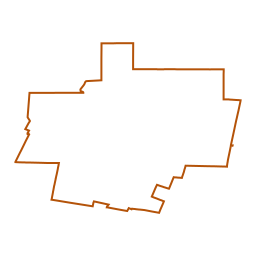 the district of Dor Marunt, Calarasi, Romania
{"feature_id": "2599482B33848106941365", "entity_name": "Dor Marunt", "entity_type": "district", "adm_level": 2, "iso_a3": "ROU", "parent_name": "Romania", "parent_adm1": "Calarasi", "projection": "robinson", "projection_center": [27.015, 44.463], "detail": "fine", "context": "isolated", "style": "outline", "palette": "amber", "viewbox_px": 256, "rotation_deg": 0, "n_neighbors": 0, "source": "geoboundaries", "source_scale": "gbopen_adm2", "svg_char_len": 3756}
<svg xmlns="http://www.w3.org/2000/svg" viewBox="0 0 256 256"><path d="M159.1,212.8L160.4,209.5L161.6,206.8L162.4,204.9L162.9,203.8L163.9,201.3L162.8,200.9L161.4,200.3L160.1,199.9L159.2,199.5L157.9,199.0L156.7,198.5L155.6,198.1L153.9,197.5L152.7,197.0L151.8,196.6L152.1,195.9L152.7,194.5L155.6,187.7L157.0,184.8L157.3,184.9L158.2,185.2L160.1,185.9L160.7,186.1L162.4,186.6L164.0,187.2L165.1,187.5L166.3,187.9L167.9,188.4L168.5,188.6L169.0,188.7L169.5,187.5L170.9,184.1L173.0,178.9L173.7,177.2L174.4,177.3L175.0,177.4L176.1,177.4L177.6,177.6L179.5,177.7L181.9,177.9L182.4,176.1L182.6,175.7L183.6,172.7L183.8,172.2L184.5,169.4L184.8,168.6L185.1,167.6L185.6,165.7L194.6,165.9L208.0,166.2L214.8,166.3L222.0,166.5L222.9,166.5L224.4,166.5L225.5,166.6L226.2,166.6L226.4,166.6L226.5,166.6L226.8,166.7L227.0,166.7L227.0,166.1L227.1,165.1L227.3,163.9L227.4,163.1L227.6,162.2L227.9,160.1L229.7,151.5L230.9,145.6L231.0,145.6L231.4,145.5L231.6,145.5L232.2,145.6L232.5,145.7L232.6,145.4L231.1,145.3L231.1,145.2L230.9,145.0L231.3,143.3L233.2,134.6L235.2,125.2L235.4,124.2L235.7,122.8L235.9,121.9L236.2,120.5L236.5,119.2L236.8,118.0L236.9,117.5L237.8,113.5L238.5,110.5L239.3,106.7L240.4,101.6L240.6,100.3L239.4,100.2L238.7,100.1L236.3,100.0L234.9,99.9L233.4,99.8L232.1,99.7L230.1,99.6L228.6,99.4L227.3,99.4L226.4,99.4L224.4,99.4L223.6,99.4L223.6,99.2L223.6,98.9L223.6,98.1L223.6,97.1L223.6,96.4L223.6,95.9L223.6,95.2L223.6,94.0L223.6,93.4L223.6,92.1L223.6,91.5L223.6,90.9L223.6,90.2L223.6,89.6L223.6,88.6L223.6,87.6L223.6,87.1L223.6,86.5L223.6,86.0L223.6,84.2L223.6,82.5L223.6,81.6L223.6,79.7L223.6,77.9L223.6,76.5L223.6,73.9L223.7,71.3L223.7,69.3L220.2,69.3L217.4,69.3L213.3,69.3L209.6,69.4L207.5,69.3L205.4,69.3L201.7,69.3L198.0,69.3L195.0,69.3L192.1,69.3L187.3,69.3L184.7,69.3L183.6,69.3L182.9,69.3L181.3,69.3L180.9,69.3L179.5,69.3L179.1,69.3L176.4,69.3L174.6,69.2L173.6,69.2L173.2,69.2L165.0,69.2L164.4,69.2L163.9,69.3L163.0,69.3L162.6,69.3L159.4,69.3L157.2,69.3L156.9,69.2L153.6,69.2L145.0,69.2L141.0,69.2L137.9,69.2L134.8,69.2L133.1,69.2L133.1,68.9L133.1,65.9L133.1,64.4L133.1,64.2L133.1,60.7L133.1,60.2L133.1,59.3L133.2,43.2L132.0,43.2L131.8,43.2L131.5,43.2L128.7,43.2L126.4,43.2L124.1,43.2L122.2,43.2L120.9,43.2L118.7,43.2L116.8,43.2L114.1,43.3L113.8,43.3L112.4,43.3L111.4,43.3L110.2,43.3L107.8,43.3L105.9,43.3L105.6,43.3L104.4,43.3L103.4,43.3L101.5,43.3L101.5,47.9L101.4,58.5L101.4,67.7L101.4,69.4L101.4,73.6L101.4,77.9L101.4,80.3L94.1,80.7L86.8,81.1L86.1,81.2L85.2,82.1L85.0,82.6L84.8,83.1L84.3,84.3L83.6,85.3L81.8,87.6L80.6,89.1L80.4,89.7L80.6,90.9L81.4,91.4L82.3,91.7L83.1,92.1L83.3,92.4L83.3,92.8L59.7,92.8L44.7,92.9L29.5,92.9L28.8,102.0L27.6,117.2L28.0,117.9L28.9,119.3L29.5,120.2L29.6,120.4L29.8,120.7L29.9,121.0L29.8,121.3L28.6,123.1L26.8,126.4L25.3,129.1L29.0,130.6L28.2,131.9L27.6,133.0L28.2,133.3L27.9,133.8L28.3,133.9L28.1,134.3L29.0,134.6L28.7,135.2L27.8,137.0L25.9,140.7L24.3,144.0L21.0,150.7L20.0,152.6L15.4,161.9L15.4,162.1L17.0,162.2L19.2,162.3L19.9,162.3L20.5,162.3L21.9,162.4L23.3,162.4L24.5,162.4L25.7,162.5L26.3,162.5L27.0,162.5L28.3,162.5L40.7,162.8L47.5,163.0L51.6,163.0L55.2,163.0L58.9,163.0L58.6,164.7L58.4,165.9L58.0,167.6L57.9,168.3L57.8,169.0L56.6,174.7L56.3,175.9L55.8,178.2L55.8,178.4L55.7,178.5L55.7,178.8L55.4,180.3L55.0,182.1L54.5,184.6L54.1,186.1L53.9,187.3L53.6,188.9L53.5,189.4L53.4,190.1L53.1,191.3L52.9,192.7L51.9,197.9L51.8,198.6L51.5,199.7L57.2,200.6L69.3,202.6L92.7,206.3L93.5,202.3L93.9,201.9L94.0,201.4L108.6,204.6L107.1,206.5L106.9,206.8L106.8,207.3L107.0,207.3L116.0,209.0L121.5,210.0L127.2,211.0L128.8,208.1L131.6,209.3L132.0,208.7L133.4,208.9L134.6,209.0L134.9,209.0L135.9,209.2L137.8,209.4L138.7,209.5L140.1,209.6L143.9,210.0L144.7,210.1L151.9,211.5L159.1,212.8Z" fill="none" stroke="#b45309" stroke-width="2"/></svg>